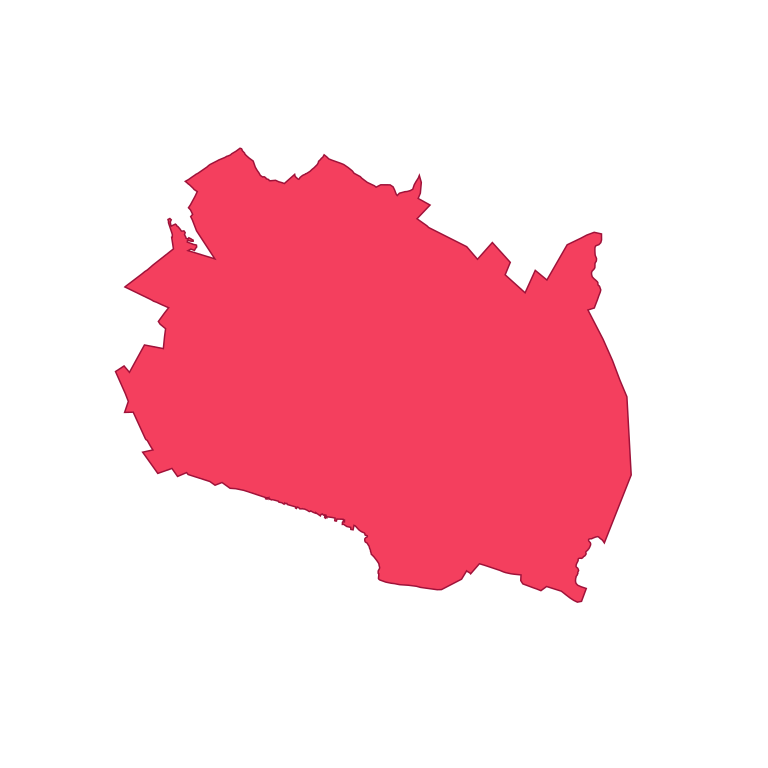 outline of Huitiupán, Chiapas, Mexico, rotated 341°
{"feature_id": "50627088B98108453745157", "entity_name": "Huitiupán", "entity_type": "district", "adm_level": 2, "iso_a3": "MEX", "parent_name": "Mexico", "parent_adm1": "Chiapas", "projection": "natural_earth1", "projection_center": [-92.702, 17.241], "detail": "fine", "context": "isolated", "style": "filled", "palette": "rose", "viewbox_px": 768, "rotation_deg": 341, "n_neighbors": 0, "source": "geoboundaries", "source_scale": "gbopen_adm2", "svg_char_len": 6147}
<svg xmlns="http://www.w3.org/2000/svg" viewBox="0 0 768 768"><g transform="rotate(341 384 384)"><path d="M609.5,475.2L608.3,457.1L607.7,436.3L605.7,413.1L600.9,380.4L607.6,380.6L609.3,378.5L613.1,374.0L615.6,370.8L618.4,367.5L619.6,365.6L619.6,362.0L619.4,361.3L618.8,360.5L618.7,359.9L618.8,359.0L619.2,357.8L619.0,356.8L618.0,354.8L616.7,352.6L615.8,350.4L615.9,348.3L616.4,346.4L617.4,345.1L620.2,343.6L621.2,342.7L622.0,340.8L622.4,339.5L622.9,338.5L623.7,337.7L624.5,337.2L625.2,336.1L625.8,334.5L625.6,331.3L625.8,330.1L626.7,326.9L627.8,323.8L629.0,322.4L630.3,322.2L632.5,322.2L635.0,320.9L636.6,318.6L638.5,312.9L632.1,309.0L624.2,309.2L617.8,310.2L602.5,312.0L571.9,338.7L564.0,325.8L547.1,343.7L534.1,320.2L543.0,310.1L532.5,285.5L513.0,296.5L506.9,281.1L477.2,250.6L476.1,248.4L469.0,238.5L485.8,229.8L476.7,219.7L480.5,215.4L484.9,205.6L485.3,198.3L483.5,200.4L480.2,203.0L477.5,205.4L474.6,209.2L471.7,209.7L468.5,209.5L466.5,209.0L460.7,208.6L457.9,210.1L457.5,209.0L457.3,207.9L457.2,204.1L456.8,200.6L454.6,197.7L445.8,194.6L440.6,195.3L439.5,193.5L433.8,187.9L430.0,182.2L429.1,180.2L424.3,175.0L423.5,172.4L422.5,170.7L420.6,167.7L417.4,163.4L414.9,161.2L407.5,155.3L405.1,153.2L403.8,150.6L402.0,147.8L400.0,149.6L398.1,150.3L397.0,151.1L394.7,152.1L393.6,153.7L392.3,154.8L388.2,156.8L385.7,157.7L383.4,158.8L379.2,159.8L378.3,159.7L377.4,160.1L376.3,160.1L374.8,160.3L371.8,161.4L371.3,161.9L370.1,162.7L369.8,162.5L369.3,162.0L368.0,159.7L367.6,158.5L367.8,156.7L355.0,162.0L353.2,160.5L350.3,158.5L347.8,156.1L342.6,154.8L341.8,154.4L341.5,153.1L339.5,151.6L339.3,150.4L338.1,149.0L336.6,148.7L335.0,146.5L334.4,143.3L333.7,141.1L332.9,137.1L332.9,130.6L330.0,126.4L328.3,123.4L327.3,121.3L327.4,120.4L325.9,117.0L326.1,116.0L325.8,115.1L324.6,114.2L319.9,115.7L315.0,116.7L313.7,117.3L312.7,117.5L310.5,117.6L309.6,117.5L307.2,118.0L300.3,118.4L299.6,118.6L291.1,119.8L289.4,120.3L287.3,121.2L276.6,124.2L274.4,124.5L272.9,125.0L269.9,125.8L265.9,127.0L262.1,127.7L263.9,130.7L263.9,130.9L265.0,132.4L267.2,136.7L267.8,138.3L270.1,141.3L266.5,145.0L259.4,151.5L256.5,153.7L257.7,156.3L258.3,161.3L255.7,162.8L256.2,166.3L256.6,178.1L264.8,210.6L242.1,194.1L245.1,193.5L245.8,193.9L248.3,196.0L248.6,195.6L250.7,193.9L251.5,193.5L251.9,191.6L251.2,191.1L248.8,189.7L248.7,189.4L244.2,185.8L244.9,184.3L245.4,184.3L248.2,186.2L250.0,186.9L250.4,185.9L249.3,184.7L249.1,184.3L247.1,182.2L246.0,183.0L244.3,181.8L244.4,180.6L244.0,177.9L245.3,176.1L244.7,174.1L242.7,173.7L242.2,173.3L241.5,170.8L240.4,168.1L239.5,166.9L239.5,166.0L238.8,164.9L234.3,165.4L234.2,164.2L234.7,161.2L236.3,159.5L235.4,157.8L233.3,158.1L233.1,160.7L232.7,161.3L232.6,172.1L232.5,174.0L231.6,176.2L231.0,176.1L230.6,178.3L228.9,187.7L204.0,196.4L197.4,199.1L194.5,199.8L190.7,201.2L171.0,207.7L170.6,207.9L190.2,227.4L192.0,229.3L193.0,230.6L195.7,232.8L199.5,236.5L205.2,241.8L199.9,245.2L191.0,251.4L191.8,254.6L195.5,260.6L192.0,267.6L186.9,278.7L170.2,269.1L147.1,290.1L144.1,282.3L134.2,284.8L136.3,309.0L136.6,317.2L129.5,326.4L137.7,329.0L140.5,357.6L140.8,359.0L141.8,360.3L142.9,366.4L144.0,371.1L133.6,369.9L138.9,387.7L141.0,394.9L156.0,394.8L158.7,404.2L168.5,403.5L169.3,405.8L187.6,419.5L191.3,424.7L198.8,424.4L204.5,432.5L209.7,434.7L216.8,438.9L233.5,451.6L235.6,453.2L234.7,453.9L234.9,454.2L236.0,454.7L236.1,454.2L236.1,453.4L237.2,453.7L237.6,454.9L238.1,454.4L238.0,455.4L238.5,455.2L238.6,455.3L238.9,456.0L239.7,456.8L239.8,456.7L241.2,457.2L245.8,460.3L246.1,461.4L247.0,462.0L248.6,462.9L250.4,465.1L251.4,464.3L251.5,464.9L253.3,465.3L253.4,466.5L260.4,471.4L260.0,472.5L260.7,473.2L261.9,472.1L263.1,473.1L263.7,474.6L266.3,475.5L266.4,475.4L267.2,476.0L267.6,476.1L268.3,476.5L270.2,478.3L271.8,480.3L272.7,480.4L273.4,480.1L275.1,482.1L276.7,483.5L277.8,484.3L278.0,484.3L278.0,484.0L280.9,488.0L281.3,487.6L281.3,487.3L282.1,486.8L283.5,486.9L284.0,488.1L284.5,488.6L285.1,488.7L285.4,488.4L286.5,489.3L285.7,490.3L285.0,489.8L284.4,490.9L284.9,491.8L285.7,491.3L285.8,491.6L286.4,491.9L286.7,490.9L291.9,493.5L294.1,494.9L292.9,497.2L293.4,497.7L294.4,498.1L295.5,496.4L299.6,497.9L301.8,498.8L302.1,498.6L301.3,499.7L302.3,499.9L301.7,501.5L300.4,500.9L299.7,501.2L298.9,503.2L300.1,503.5L302.4,506.6L305.8,508.7L305.3,510.7L307.3,511.8L309.6,507.9L310.1,508.4L310.6,508.8L310.9,509.4L312.8,513.8L313.7,515.1L314.7,516.4L316.9,518.4L317.2,519.2L316.9,520.5L317.5,521.2L318.1,521.4L318.8,522.1L318.6,522.8L318.1,523.1L317.8,523.3L316.6,523.4L315.5,524.1L315.2,524.8L314.9,525.7L314.8,527.0L315.1,527.6L316.1,528.7L316.4,529.6L316.7,531.2L317.1,532.6L316.9,534.6L317.1,536.7L316.8,537.7L316.8,539.7L316.5,540.6L318.2,544.1L319.7,548.5L320.4,551.2L320.6,552.1L320.5,553.1L320.3,554.0L320.2,555.6L320.1,556.3L319.5,557.2L317.8,558.7L317.3,559.7L316.9,561.1L317.3,561.5L316.5,563.9L316.1,564.5L315.9,565.1L315.5,565.8L315.5,566.4L315.6,566.9L316.2,567.9L321.2,571.9L325.9,574.7L329.0,576.2L333.4,578.8L341.5,582.2L348.8,585.8L352.3,588.2L367.3,595.8L371.4,597.1L393.8,593.8L401.3,587.6L401.5,588.1L403.7,590.6L404.1,591.7L415.7,585.0L420.4,588.4L432.8,597.9L435.7,600.5L437.7,602.0L442.3,604.8L445.5,606.4L451.4,609.1L449.3,614.4L450.2,618.2L458.7,625.2L461.5,627.4L465.1,630.5L471.8,628.4L484.2,637.6L487.8,643.2L490.4,647.1L493.0,650.4L495.8,653.2L500.0,653.8L508.7,643.2L504.4,639.9L501.6,637.3L500.7,635.1L500.7,633.7L501.0,632.4L502.0,630.1L502.5,629.6L502.9,628.6L504.5,627.5L505.0,626.8L505.6,626.3L505.7,625.4L507.3,623.7L507.3,622.8L507.4,622.3L507.2,621.8L507.1,621.0L506.4,620.1L506.4,619.8L506.2,619.3L506.2,618.8L507.1,617.2L508.0,616.2L509.7,614.6L510.2,613.9L510.4,613.0L511.1,612.4L511.6,612.3L513.1,612.7L514.0,613.2L515.2,613.0L516.6,612.1L517.0,612.1L517.9,611.9L519.4,610.9L519.9,610.0L519.9,609.2L520.1,608.7L520.5,608.2L521.2,607.9L522.6,607.4L523.2,606.8L524.0,606.5L525.3,605.3L526.8,603.6L527.2,602.9L527.3,602.3L527.4,602.2L527.4,601.2L526.6,599.4L526.5,598.6L526.8,597.7L527.4,597.4L528.2,597.4L529.9,597.9L531.8,597.7L534.4,597.6L536.5,597.9L537.1,598.5L538.3,600.7L539.4,602.2L539.9,603.4L540.6,606.0L588.1,550.5L609.5,475.2Z" fill="#f43f5e" stroke="#9f1239" stroke-width="1.5"/></g></svg>